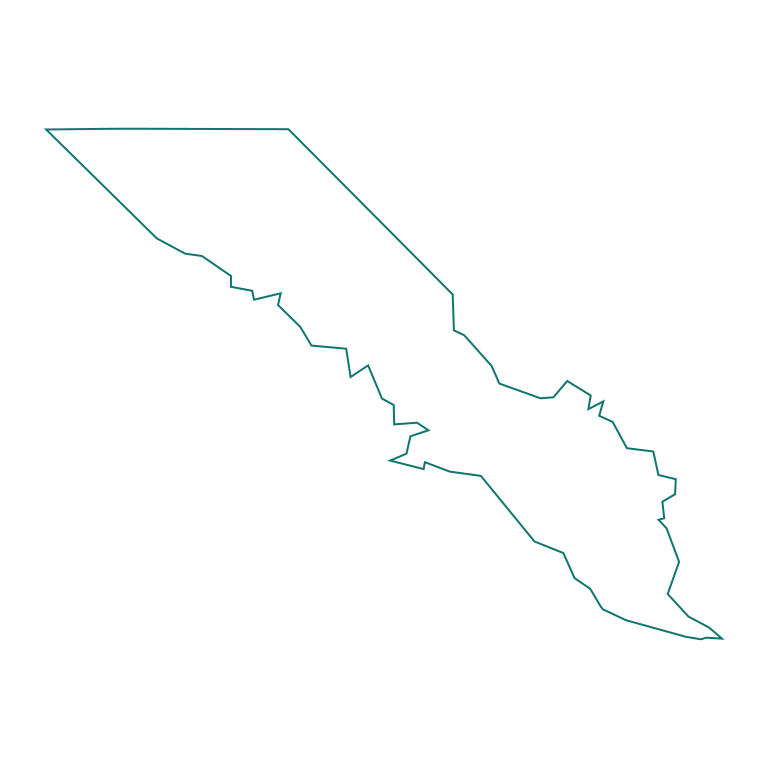 Camden, North Carolina, United States of America
{"feature_id": "52423323B68904174883849", "entity_name": "Camden", "entity_type": "district", "adm_level": 2, "iso_a3": "USA", "parent_name": "United States of America", "parent_adm1": "North Carolina", "projection": "mercator", "projection_center": [-76.151, 36.357], "detail": "fine", "context": "isolated", "style": "outline", "palette": "teal", "viewbox_px": 768, "rotation_deg": 0, "n_neighbors": 0, "source": "geoboundaries", "source_scale": "gbopen_adm2", "svg_char_len": 963}
<svg xmlns="http://www.w3.org/2000/svg" viewBox="0 0 768 768"><path d="M46.1,129.5L99.4,181.9L156.8,238.4L185.0,253.6L201.9,256.0L231.0,276.0L230.9,286.8L252.2,290.8L254.1,299.7L280.7,293.3L278.0,305.0L300.2,326.8L311.5,345.6L346.2,348.7L350.6,377.0L368.1,365.4L382.0,398.6L393.7,405.0L394.2,424.4L417.0,422.7L428.4,430.3L410.4,436.3L406.5,453.6L390.2,460.6L423.6,469.1L424.9,462.2L449.7,471.6L480.9,475.9L534.5,541.5L563.4,553.1L574.5,578.1L590.2,588.8L600.9,606.8L603.0,609.4L626.2,620.3L685.8,636.8L701.1,639.3L706.0,637.7L721.9,638.6L709.0,627.5L688.5,616.6L667.7,594.0L679.1,561.9L666.6,528.4L658.6,519.8L664.2,518.2L662.4,501.7L675.1,494.2L675.8,479.2L658.4,475.0L653.3,451.5L626.9,448.2L612.7,422.0L599.2,415.8L603.3,401.4L588.4,409.1L590.7,395.5L567.2,381.0L553.4,397.3L540.5,398.3L499.4,383.6L491.7,366.1L464.3,335.3L453.9,330.4L452.7,294.5L288.4,129.2L221.1,129.0L127.1,128.7L99.2,128.9L46.1,129.5Z" fill="none" stroke="#0f766e" stroke-width="2"/></svg>